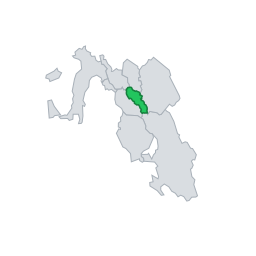 map of Slovakia with Ukraine, Poland, Austria and 5 others greyed out, rotated 61°
{"feature_id": "SVK", "entity_name": "Slovakia", "entity_type": "country or territory", "adm_level": 0, "iso_a3": "SVK", "parent_name": "Europe", "parent_adm1": "", "projection": "robinson", "projection_center": [19.621, 48.681], "detail": "fine", "context": "with_neighbors", "style": "filled", "palette": "green", "viewbox_px": 256, "rotation_deg": 61, "n_neighbors": 8, "source": "natural_earth", "source_scale": "50m", "svg_char_len": 5860}
<svg xmlns="http://www.w3.org/2000/svg" viewBox="0 0 256 256"><g transform="rotate(61 128 128)"><path d="M195.3,127.8L198.2,129.5L203.9,129.0L203.0,131.5L196.9,132.8L189.4,136.9L186.2,135.4L187.2,132.1L180.9,130.0L187.0,126.4L185.3,124.8L176.4,123.0L175.8,120.4L170.7,121.2L164.7,130.3L162.1,129.1L159.4,130.2L156.8,128.9L158.2,128.1L160.6,123.5L160.1,122.3L166.7,122.3L163.9,118.8L162.9,115.9L160.8,114.7L161.1,112.4L158.5,110.5L152.0,108.0L144.6,109.7L143.3,111.4L137.3,113.1L134.7,111.4L127.6,110.6L125.2,112.1L124.8,110.2L121.7,108.3L124.3,103.7L125.5,104.1L124.0,100.9L128.9,95.1L131.6,94.3L132.2,92.4L129.3,86.4L131.8,86.1L134.8,84.3L144.5,84.7L157.0,87.4L159.0,86.2L160.5,87.9L167.6,88.2L167.8,84.7L169.3,83.2L176.0,83.1L177.3,81.5L184.5,81.2L188.3,85.1L187.1,86.5L187.7,88.6L192.1,89.0L194.3,91.9L194.3,93.3L201.5,95.7L205.7,94.6L209.4,97.9L221.0,100.1L221.3,102.1L219.4,105.8L221.0,109.7L220.4,112.0L215.0,112.5L212.3,114.5L212.4,117.6L208.0,118.2L204.5,120.4L199.2,120.8L194.6,123.4L195.3,127.8Z" fill="#d9dde1" stroke="#a8b0b8" stroke-width="1"/><path d="M128.6,70.4L128.9,73.4L130.5,76.0L130.5,78.8L127.3,80.2L132.2,92.4L131.6,94.3L128.9,95.1L124.0,100.9L125.5,104.1L119.0,101.0L115.0,102.0L112.4,101.3L109.1,102.8L106.3,100.3L104.0,101.2L101.2,97.3L97.1,96.9L96.6,94.8L92.9,94.0L92.0,95.8L89.1,94.4L89.4,92.5L85.4,91.9L82.8,89.7L80.7,85.3L81.2,82.9L80.0,79.2L78.1,76.8L79.7,74.9L78.5,71.4L97.4,63.9L102.7,65.1L103.1,66.7L124.6,67.5L127.3,68.2L128.6,70.4Z" fill="#d9dde1" stroke="#a8b0b8" stroke-width="1"/><path d="M93.2,107.1L92.8,113.3L89.6,113.3L90.7,114.8L87.7,120.5L82.7,120.7L79.8,122.3L67.2,119.9L66.0,117.5L60.4,118.7L59.7,120.1L51.0,117.6L51.8,114.6L53.5,114.2L56.3,116.2L57.2,114.3L62.1,114.6L66.1,113.4L68.8,113.6L70.5,115.0L71.1,113.8L70.4,109.3L72.5,108.4L74.5,105.1L78.6,107.4L83.8,104.0L88.0,106.1L90.6,105.8L93.2,107.1Z" fill="#d9dde1" stroke="#a8b0b8" stroke-width="1"/><path d="M121.7,108.3L124.8,110.2L125.2,112.1L121.9,113.6L115.9,123.1L111.4,124.4L107.8,124.1L101.4,127.0L96.7,125.7L90.8,121.8L89.7,119.4L88.8,119.3L90.7,114.8L89.6,113.3L92.8,113.3L93.2,110.4L98.1,113.0L102.8,112.1L103.3,110.7L111.4,109.0L114.5,106.9L120.5,109.0L121.7,108.3Z" fill="#d9dde1" stroke="#a8b0b8" stroke-width="1"/><path d="M156.8,128.9L159.4,130.2L162.1,129.1L164.7,130.3L164.9,132.1L162.2,133.6L160.5,132.9L159.2,141.5L151.6,138.2L144.9,139.8L142.1,141.7L127.0,140.7L124.3,136.5L125.6,135.3L124.2,134.5L122.4,136.0L119.0,134.0L118.6,131.1L115.1,129.4L114.4,127.2L111.4,124.4L115.9,123.1L121.9,113.6L127.6,110.6L134.7,111.4L137.3,113.1L143.3,111.4L144.6,109.7L147.0,109.7L148.7,110.4L155.8,119.6L155.7,125.7L156.8,128.9Z" fill="#d9dde1" stroke="#a8b0b8" stroke-width="1"/><path d="M56.4,119.1L59.7,120.1L60.4,118.7L66.0,117.5L67.2,119.9L75.2,121.7L74.5,125.2L75.8,128.2L71.3,127.2L66.6,129.7L66.0,135.2L67.8,138.8L73.0,142.4L75.8,148.3L82.1,154.0L86.6,153.9L88.0,155.5L86.3,156.9L95.7,161.6L100.7,165.3L101.3,166.7L100.2,169.2L97.0,165.9L91.9,164.7L89.4,169.3L93.6,172.0L92.9,175.7L90.4,176.2L87.2,182.3L84.7,182.9L86.0,176.8L87.3,175.3L83.4,167.5L81.0,166.6L79.3,163.6L75.6,162.3L73.1,159.4L68.8,159.0L59.3,151.1L55.5,147.0L54.0,140.0L46.7,136.8L44.0,137.8L40.5,141.1L38.1,141.6L38.9,138.5L35.9,137.6L34.7,132.1L36.9,130.0L35.4,127.4L35.7,125.4L38.1,126.9L40.8,126.6L44.1,124.2L45.0,125.3L47.7,125.1L49.1,122.2L53.2,123.1L55.8,121.9L56.4,119.1ZM73.3,182.0L83.8,180.6L81.6,186.2L82.4,188.4L81.1,192.1L65.4,185.0L66.4,181.3L73.3,182.0ZM44.4,161.5L47.5,159.3L50.7,164.3L49.5,173.8L46.9,173.3L44.4,175.7L42.2,173.8L42.4,165.2L41.3,161.1L44.4,161.5Z" fill="#d9dde1" stroke="#a8b0b8" stroke-width="1"/><path d="M75.2,121.7L79.8,122.3L82.7,120.7L87.7,120.5L88.8,119.3L89.7,119.4L90.8,121.8L86.2,123.7L85.6,126.5L83.6,127.2L83.6,129.2L79.5,127.9L78.4,129.1L74.5,128.8L75.8,128.2L74.5,125.2L75.2,121.7Z" fill="#d9dde1" stroke="#a8b0b8" stroke-width="1"/><path d="M82.8,89.7L85.4,91.9L89.4,92.5L89.1,94.4L92.0,95.8L92.9,94.0L96.6,94.8L97.1,96.9L101.2,97.3L103.7,100.8L99.9,102.4L98.4,105.0L94.0,105.6L93.2,107.1L90.6,105.8L88.0,106.1L83.8,104.0L78.6,107.4L68.7,100.4L67.4,95.4L78.9,89.6L80.4,90.4L82.8,89.7Z" fill="#d9dde1" stroke="#a8b0b8" stroke-width="1"/><path d="M124.2,103.8L124.1,104.1L123.9,104.4L123.6,104.7L123.4,105.2L123.0,106.1L122.8,106.5L122.0,107.3L122.0,108.4L121.9,108.5L119.9,108.9L119.7,108.9L119.4,108.6L119.2,108.4L119.0,108.0L118.8,107.8L118.5,107.6L118.2,107.4L117.8,107.4L116.7,107.7L116.0,107.7L115.6,107.6L114.9,107.5L113.7,107.4L112.8,107.6L112.7,107.8L112.0,109.2L110.8,109.7L109.8,110.3L109.5,110.4L109.0,110.2L108.5,109.9L108.0,109.7L107.7,109.8L107.3,110.2L107.1,110.5L106.0,110.8L104.0,110.9L103.4,111.3L103.1,111.7L103.1,112.0L103.3,112.3L103.1,112.6L103.0,112.8L101.6,112.9L99.7,113.0L98.6,112.9L97.6,112.9L96.9,112.6L96.0,112.1L95.1,111.4L94.9,111.3L94.3,111.2L94.2,111.3L93.8,111.0L93.7,110.7L93.2,109.9L92.6,108.6L92.6,108.2L92.9,107.8L93.1,107.4L93.1,107.2L93.3,106.5L93.8,105.8L94.2,105.4L94.5,105.3L95.1,105.4L96.1,105.5L96.9,105.4L97.6,105.1L98.0,104.8L98.4,104.5L98.5,104.3L98.7,104.2L99.3,104.0L99.5,103.8L99.6,103.4L99.6,103.0L99.7,102.7L99.9,102.5L101.0,101.9L101.1,101.7L101.3,101.5L101.6,101.3L102.0,101.0L102.3,100.8L102.8,100.9L103.2,100.8L103.5,100.7L104.2,100.8L104.3,101.1L104.4,101.5L105.4,101.5L105.9,100.7L106.2,100.6L106.7,100.3L107.0,100.1L107.5,100.7L107.8,101.1L108.0,101.3L108.2,101.5L108.6,101.5L108.8,101.7L108.9,102.0L108.9,102.4L108.8,102.6L108.7,102.8L109.0,102.9L109.4,102.8L109.6,102.7L110.4,103.0L110.7,102.4L111.0,102.1L111.4,101.9L111.8,101.7L112.1,101.6L112.3,101.6L112.7,101.5L113.0,101.6L113.5,101.5L114.1,101.7L114.5,102.0L114.9,102.1L115.3,102.1L115.6,101.9L116.1,101.3L116.4,101.4L116.9,101.3L117.5,101.3L119.2,101.4L119.6,101.6L120.5,101.9L121.0,102.2L121.2,102.6L121.3,102.8L122.3,103.2L123.8,103.7L124.2,103.8Z" fill="#22c55e" stroke="#15803d" stroke-width="1.5"/></g></svg>